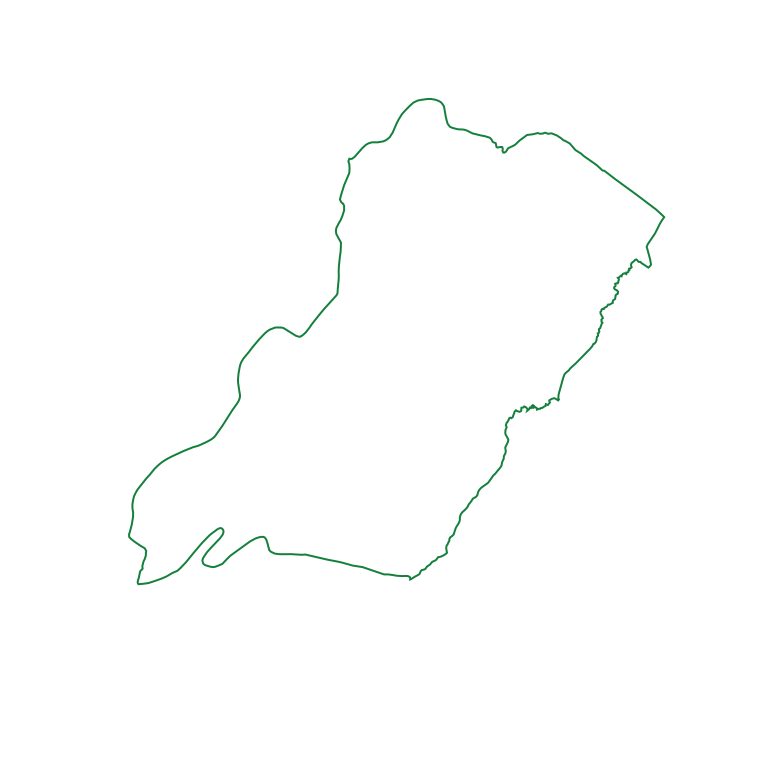 the district of Banteay Srei, Siemréab, Cambodia, rotated 214°
{"feature_id": "14789045B44101089408344", "entity_name": "Banteay Srei", "entity_type": "district", "adm_level": 2, "iso_a3": "KHM", "parent_name": "Cambodia", "parent_adm1": "Siemréab", "projection": "natural_earth1", "projection_center": [104.003, 13.597], "detail": "fine", "context": "isolated", "style": "outline", "palette": "green", "viewbox_px": 768, "rotation_deg": 214, "n_neighbors": 0, "source": "geoboundaries", "source_scale": "gbopen_adm2", "svg_char_len": 6141}
<svg xmlns="http://www.w3.org/2000/svg" viewBox="0 0 768 768"><g transform="rotate(214 384 384)"><path d="M229.9,628.3L229.3,630.9L229.5,632.4L232.8,635.9L240.5,642.6L242.9,644.5L243.5,647.3L243.5,660.5L244.8,670.5L245.1,674.6L245.0,679.0L247.9,679.6L256.0,680.8L279.7,682.1L307.1,683.1L320.5,684.0L322.2,683.2L330.1,684.4L346.0,684.7L349.5,685.2L356.1,685.0L364.6,687.3L370.3,686.8L371.3,686.4L374.8,686.8L379.8,686.7L385.2,685.5L386.6,684.4L387.4,683.5L388.4,683.0L390.2,682.7L391.4,682.0L392.0,680.8L393.9,679.2L394.9,678.6L396.9,678.0L400.0,674.5L404.6,670.5L407.7,661.9L409.1,655.6L410.1,653.6L412.3,650.0L413.0,648.4L412.8,646.0L412.9,644.6L413.8,642.9L414.6,642.6L416.2,643.6L416.7,644.7L417.6,646.0L418.5,646.5L419.5,646.0L422.3,643.4L423.3,643.4L426.0,646.1L429.1,645.5L431.4,646.7L432.5,647.1L434.2,647.3L439.1,645.8L442.5,644.3L450.7,641.3L457.3,640.4L460.0,639.6L465.2,636.5L470.4,634.6L473.3,634.1L477.0,635.5L479.5,637.6L482.9,640.8L489.4,647.6L491.8,648.7L494.3,649.4L496.7,649.3L500.1,648.5L504.4,646.6L507.9,644.1L512.0,640.4L514.6,637.8L516.9,633.9L518.1,629.4L519.6,621.2L520.0,617.3L519.8,611.9L519.3,607.3L517.4,597.3L517.3,591.6L518.6,587.4L520.3,584.7L524.5,580.7L529.1,577.6L531.2,575.2L532.8,572.1L533.8,567.8L535.4,555.7L536.4,553.0L537.3,552.0L538.7,551.4L538.0,548.7L535.6,546.7L534.6,545.5L532.8,543.0L530.8,539.6L528.2,526.4L524.9,515.5L523.6,512.2L520.8,510.7L518.7,510.6L516.6,509.3L514.1,505.5L512.6,500.5L511.7,496.3L511.4,492.1L510.8,486.9L509.6,484.1L507.2,481.5L498.8,477.2L496.0,472.9L493.9,469.3L491.8,465.0L487.3,456.5L484.5,451.9L482.3,448.9L479.9,445.1L476.3,438.4L473.2,433.0L473.0,430.9L475.5,413.4L476.2,406.9L477.0,397.1L477.3,392.2L477.3,388.7L477.7,383.2L478.3,380.4L478.9,378.4L479.4,377.6L479.8,376.4L481.3,375.5L484.1,374.7L498.5,374.2L500.5,373.5L505.0,370.6L506.2,369.4L509.2,365.0L510.3,362.3L511.1,359.3L512.4,351.7L513.6,340.9L513.9,335.2L514.8,326.4L514.5,321.8L513.5,318.3L512.3,315.5L510.4,311.2L507.7,306.3L505.7,303.5L501.1,298.4L497.0,294.1L495.8,291.9L495.0,288.5L494.9,285.7L495.1,276.6L494.6,259.3L494.9,246.3L495.4,243.8L496.5,240.9L498.6,236.8L503.2,229.3L507.1,224.6L512.4,216.8L518.9,206.1L521.3,201.8L523.1,198.1L524.7,194.0L525.8,190.1L526.8,185.2L527.5,177.4L528.2,173.0L529.3,158.7L529.0,154.7L528.4,151.0L527.1,147.5L525.1,143.2L523.0,140.3L520.0,137.0L517.7,133.4L514.4,126.2L512.0,119.3L511.3,116.8L509.6,114.6L506.9,114.1L503.4,113.8L495.6,113.7L490.6,114.0L487.8,112.7L486.7,110.4L486.0,109.5L485.3,107.9L484.4,104.7L484.2,102.7L482.7,98.4L482.2,97.5L480.8,95.8L481.4,93.0L481.2,91.8L478.8,86.1L478.3,83.8L477.0,81.4L475.7,80.7L471.8,83.8L468.0,87.2L464.0,92.3L459.2,98.8L456.6,103.0L453.8,108.9L450.8,113.6L449.8,117.8L448.5,125.4L447.5,136.6L446.0,150.2L444.2,160.3L443.5,163.0L440.8,170.6L439.8,172.3L439.0,173.1L438.1,173.5L436.8,173.5L435.5,172.8L434.7,172.2L433.9,170.5L433.5,168.6L433.7,164.2L435.5,153.7L436.7,145.5L436.7,138.9L436.0,136.3L435.2,135.4L433.4,134.0L431.7,133.8L430.3,134.0L425.6,135.5L423.8,136.3L422.3,137.4L420.3,140.0L417.4,144.5L416.2,151.7L415.2,156.2L407.0,178.6L404.3,183.8L402.8,185.9L400.9,188.1L398.9,189.6L397.3,190.1L396.1,189.8L394.5,189.1L392.0,187.2L386.2,182.1L383.9,181.7L379.8,182.3L376.1,184.1L373.9,185.5L366.0,190.9L356.7,196.4L353.9,198.6L332.3,206.9L323.0,210.9L318.6,212.6L308.6,215.9L299.4,220.2L277.4,226.2L274.2,228.4L270.2,230.4L266.3,232.1L261.7,234.8L258.4,237.2L256.6,238.2L254.7,238.4L253.4,237.5L253.0,236.6L252.4,237.4L250.8,241.2L248.5,245.6L248.3,246.7L248.9,249.4L248.7,250.7L246.6,253.1L246.3,254.3L246.3,256.6L244.9,260.1L244.6,263.5L242.9,266.2L242.4,267.6L242.3,270.7L241.1,271.7L239.4,274.1L237.8,277.4L237.4,279.3L240.6,282.6L241.7,284.9L241.6,286.5L242.1,288.8L242.0,289.8L242.4,291.0L243.2,292.2L243.3,294.2L242.6,295.7L242.1,298.2L243.7,303.6L244.1,305.7L244.2,310.0L244.6,312.4L245.2,313.9L246.3,315.4L247.0,317.2L247.5,319.0L247.4,321.2L246.2,326.5L246.0,328.7L246.4,331.5L246.1,335.6L246.2,338.7L244.7,341.6L244.4,343.8L245.5,346.9L245.8,349.2L245.5,351.8L245.0,353.4L242.7,359.5L242.4,361.0L242.2,369.6L241.6,371.8L241.5,373.6L240.9,379.3L240.9,382.0L242.2,384.8L242.7,387.2L242.9,388.9L243.9,390.5L244.4,391.9L244.6,394.5L245.6,396.6L247.1,398.1L248.0,399.3L248.9,405.5L250.0,407.6L255.1,410.2L256.2,411.4L257.5,413.7L258.2,416.9L259.9,417.9L260.6,420.3L260.4,421.9L260.7,424.3L261.0,425.8L260.5,426.7L259.3,426.9L258.7,428.6L259.3,430.4L259.6,432.2L260.3,434.2L259.9,436.0L258.9,435.9L256.3,436.6L255.3,437.8L255.4,438.7L256.8,441.2L255.3,442.5L255.2,443.8L253.5,444.1L250.7,443.4L250.3,442.0L249.6,444.2L249.9,445.9L248.9,446.1L249.2,448.5L248.8,449.7L247.7,449.7L247.4,447.5L246.6,448.0L246.8,449.4L243.8,449.4L242.9,448.3L242.1,449.3L241.7,450.2L240.7,450.7L240.5,451.8L239.5,452.5L238.5,455.1L237.8,456.1L238.6,457.8L236.4,458.2L236.1,461.5L237.2,462.1L237.8,462.8L236.8,465.2L235.0,467.4L233.7,467.7L230.4,467.8L230.3,469.0L231.5,469.6L233.3,472.8L234.1,475.0L238.9,489.4L239.8,493.1L239.5,495.0L238.4,498.7L238.4,500.8L236.5,508.6L232.9,528.2L232.5,531.6L232.8,534.5L232.1,535.0L231.9,537.4L232.2,538.7L233.8,542.2L233.5,543.6L234.2,544.8L235.1,545.5L234.5,546.7L234.8,548.0L235.9,548.7L236.5,549.8L236.0,551.0L237.1,555.3L237.1,556.9L238.5,557.2L238.9,558.1L239.6,558.6L239.7,559.8L239.4,561.0L240.4,561.8L241.2,562.0L242.6,562.9L243.9,563.5L244.9,564.9L244.7,566.1L245.2,567.3L245.0,568.3L243.7,569.1L243.9,570.3L242.6,572.6L242.6,575.2L241.4,575.9L240.9,576.8L240.4,578.1L239.7,579.3L240.5,580.3L240.8,581.5L239.9,583.8L240.6,584.8L241.0,586.2L241.6,587.0L241.4,588.4L240.7,589.1L241.0,590.4L241.6,591.4L243.3,591.9L245.5,591.6L246.7,592.0L247.3,593.1L246.9,594.5L247.3,595.5L248.4,596.3L247.5,597.6L246.7,598.0L246.5,599.1L247.2,600.0L247.3,601.0L247.8,602.2L249.5,602.8L248.7,603.9L248.5,605.2L248.1,606.3L247.3,606.3L247.7,607.6L247.4,609.1L246.6,610.2L244.7,610.6L245.5,611.8L244.4,612.6L244.1,613.9L244.8,614.8L244.3,615.7L245.3,616.6L244.4,617.6L244.0,619.3L245.3,620.2L246.2,621.6L246.3,623.0L245.5,625.4L245.2,627.3L244.5,628.3L242.9,628.1L241.7,627.7L240.5,628.0L239.6,628.6L238.0,628.2L235.5,628.3L229.9,628.3Z" fill="none" stroke="#15803d" stroke-width="2"/></g></svg>